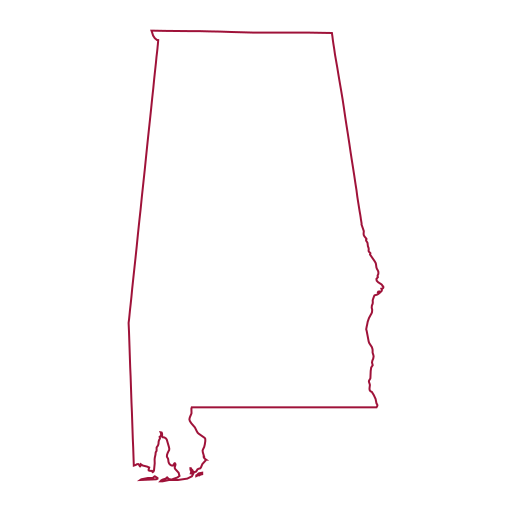 the border of Alabama
{"feature_id": "USA-3541", "entity_name": "Alabama", "entity_type": "State", "adm_level": 1, "iso_a3": "USA", "parent_name": "United States of America", "parent_adm1": "", "projection": "equal_earth", "projection_center": [-86.886, 32.617], "detail": "fine", "context": "isolated", "style": "outline", "palette": "rose", "viewbox_px": 512, "rotation_deg": 0, "n_neighbors": 0, "source": "natural_earth", "source_scale": "10m", "svg_char_len": 5241}
<svg xmlns="http://www.w3.org/2000/svg" viewBox="0 0 512 512"><path d="M204.2,456.9L203.7,456.5L203.7,457.1L204.2,458.0L204.7,458.6L205.4,459.2L206.1,459.7L205.6,459.7L205.5,460.6L202.4,464.0L201.7,465.6L201.1,467.1L200.3,468.3L198.5,468.8L197.4,469.4L196.8,470.6L195.9,471.7L194.3,472.1L193.2,471.9L192.9,471.6L192.8,471.0L192.4,470.2L191.1,468.9L190.8,468.2L190.4,468.2L190.5,469.8L191.0,470.9L191.3,471.9L190.8,473.4L191.6,473.5L192.4,473.4L193.1,473.1L193.8,472.7L191.9,476.3L187.3,478.6L177.9,480.0L169.0,480.0L162.7,481.3L160.4,481.3L161.3,480.3L162.9,479.5L165.6,478.7L166.2,478.3L166.7,477.6L167.2,477.4L168.7,479.0L171.5,479.6L174.2,478.6L177.4,477.5L179.5,475.9L178.6,472.7L175.2,469.0L174.7,467.9L174.9,466.8L175.5,464.7L175.4,464.0L174.8,463.2L174.5,463.3L174.2,463.7L173.3,465.1L173.4,465.5L172.2,465.6L171.4,465.4L170.7,465.1L170.1,464.6L169.5,464.0L169.0,463.2L168.6,462.2L168.4,461.2L168.3,460.1L168.1,458.9L167.6,457.9L167.1,457.1L166.9,456.5L167.0,454.9L167.6,453.1L168.4,451.4L169.1,450.2L169.3,448.8L168.9,446.9L166.8,439.7L166.0,438.5L164.5,437.5L163.6,437.3L162.8,437.3L162.3,437.0L162.1,435.9L162.1,434.5L162.0,433.3L161.6,432.5L160.6,432.3L161.1,433.6L161.1,435.0L160.6,436.1L159.6,436.9L160.0,438.2L159.6,439.2L159.0,440.2L158.6,441.8L158.5,443.7L158.2,444.9L157.7,445.9L156.9,447.0L156.6,447.6L156.6,448.5L156.6,450.2L156.5,451.0L155.8,452.1L155.6,452.9L155.5,454.5L154.8,457.7L154.6,459.4L154.7,463.4L154.0,470.3L153.5,471.5L152.7,472.1L152.4,471.8L152.3,471.2L152.1,470.9L150.7,470.9L149.4,470.7L148.7,470.4L148.6,469.5L149.2,467.5L147.1,466.6L142.7,465.5L140.9,464.3L140.8,465.1L140.6,465.4L140.5,465.8L140.3,466.3L139.9,466.3L138.6,464.1L137.2,464.1L135.6,465.0L133.8,465.6L133.5,456.7L133.2,447.7L132.8,438.8L132.5,429.8L132.2,420.9L131.9,412.0L131.5,403.0L131.2,394.1L130.9,385.2L130.6,376.3L130.2,367.4L129.9,358.5L129.6,349.6L129.3,340.7L129.0,331.8L128.6,323.0L128.7,322.1L129.0,319.8L129.4,316.0L129.9,310.9L130.6,304.6L131.4,297.1L132.2,288.6L133.2,279.2L134.3,269.0L135.5,258.0L136.7,246.5L137.9,234.4L139.2,222.0L140.6,209.3L141.9,196.3L143.3,183.3L144.7,170.3L146.0,157.4L147.3,144.7L148.6,132.4L149.9,120.4L151.1,109.0L152.2,98.2L153.3,88.1L154.2,78.8L155.1,70.4L155.9,63.1L156.5,56.8L157.1,51.8L157.5,48.1L157.7,45.8L157.8,45.0L158.1,41.6L158.2,40.1L157.0,40.0L154.8,38.2L153.1,35.6L151.9,31.8L151.5,30.7L152.2,30.7L154.7,30.7L165.7,30.9L176.7,31.0L187.4,31.1L198.4,31.1L209.4,31.4L220.4,31.6L231.5,32.0L242.5,32.3L253.5,32.6L264.5,32.6L275.5,32.6L286.6,32.6L297.6,32.6L308.3,32.6L319.6,32.8L331.9,33.0L332.0,33.5L332.2,35.1L332.4,36.3L332.8,39.7L333.4,43.9L334.2,48.9L335.0,54.6L336.1,60.9L337.3,67.7L338.5,75.1L339.8,82.8L341.2,90.9L342.6,99.3L343.9,107.9L345.2,116.9L346.5,125.4L347.9,134.2L349.4,144.0L350.5,151.6L351.8,160.0L353.1,168.2L354.3,175.9L355.4,183.3L356.5,190.3L357.3,196.6L358.2,202.4L359.0,207.4L359.7,211.7L360.3,215.1L360.7,217.7L360.9,219.3L361.0,219.8L361.6,223.5L361.5,224.4L363.8,231.1L363.6,233.8L363.7,234.7L363.9,235.4L364.3,236.1L364.7,236.7L366.1,238.4L366.5,239.0L366.0,239.9L366.2,240.8L366.9,241.8L367.5,242.9L367.9,246.2L368.6,248.1L368.7,249.3L368.6,251.0L369.0,251.8L369.8,252.5L370.4,253.2L370.0,254.5L374.9,261.6L375.7,263.1L376.0,264.3L376.4,267.4L376.9,268.8L377.7,270.2L378.3,271.6L378.4,272.8L378.3,274.0L377.8,275.1L377.5,276.0L377.9,277.1L376.4,279.0L376.7,280.7L378.1,282.2L381.5,284.4L382.1,285.1L382.6,286.1L382.9,286.2L383.2,286.4L383.4,287.1L383.2,287.9L382.7,288.4L382.1,288.6L381.4,288.7L381.9,289.9L381.7,290.8L381.1,291.5L380.5,292.0L379.2,291.4L378.2,291.7L377.9,292.4L379.1,293.3L378.2,294.0L377.1,294.6L375.9,295.0L374.9,295.2L374.4,295.5L374.0,296.4L372.9,299.5L372.7,300.3L372.8,302.6L372.6,303.9L371.9,305.5L371.7,307.7L372.2,309.8L372.0,312.1L371.9,312.5L371.3,313.9L371.0,314.3L369.0,318.0L367.7,321.7L367.1,324.8L366.8,326.1L366.7,326.5L366.6,327.1L366.2,329.2L366.7,331.1L368.7,341.6L369.3,343.2L371.8,347.0L372.4,348.8L372.6,350.0L372.6,352.6L372.8,353.3L373.4,355.2L373.6,356.5L373.2,358.7L372.4,360.5L372.0,362.5L372.7,365.2L371.2,367.5L370.7,370.9L370.4,378.2L370.0,379.1L369.1,380.5L368.9,381.5L369.1,382.3L369.7,384.1L369.9,385.0L369.5,388.4L369.6,389.9L370.4,391.2L371.9,392.0L373.8,395.1L375.6,399.0L376.5,403.5L377.2,404.5L377.4,405.5L377.1,406.3L376.7,406.9L376.5,407.3L365.1,407.3L353.8,407.3L342.5,407.3L331.1,407.3L319.8,407.3L308.4,407.3L297.1,407.3L285.8,407.3L274.4,407.3L263.1,407.3L251.8,407.3L240.4,407.3L229.1,407.3L217.7,407.3L206.4,407.3L195.1,407.3L191.8,407.3L191.4,408.6L191.5,413.1L191.4,413.6L189.9,417.2L189.6,418.2L189.5,418.8L189.4,419.4L189.6,420.1L189.8,420.9L190.6,422.2L191.4,423.4L194.8,427.3L195.2,428.0L196.7,431.1L197.7,432.8L198.7,433.7L204.4,437.7L205.0,438.3L205.2,438.7L205.3,439.7L205.3,441.1L204.8,444.4L204.2,446.9L203.0,449.4L202.7,450.2L202.6,450.6L202.8,452.2L204.1,456.7L204.2,456.8L204.2,456.9ZM157.5,478.7L156.5,479.2L156.0,479.3L140.3,480.0L141.3,479.3L147.9,478.0L151.9,478.0L152.9,477.8L153.6,477.3L154.1,476.7L154.8,476.3L157.5,478.0L157.5,478.7ZM199.5,473.2L202.2,472.7L202.2,474.2L200.5,474.6L199.2,475.4L198.6,475.2L197.1,475.7L196.3,476.1L196.3,475.4L197.1,475.0L197.6,474.5L198.0,474.0L198.7,473.4L199.0,473.3L199.5,473.2Z" fill="none" stroke="#9f1239" stroke-width="2"/></svg>